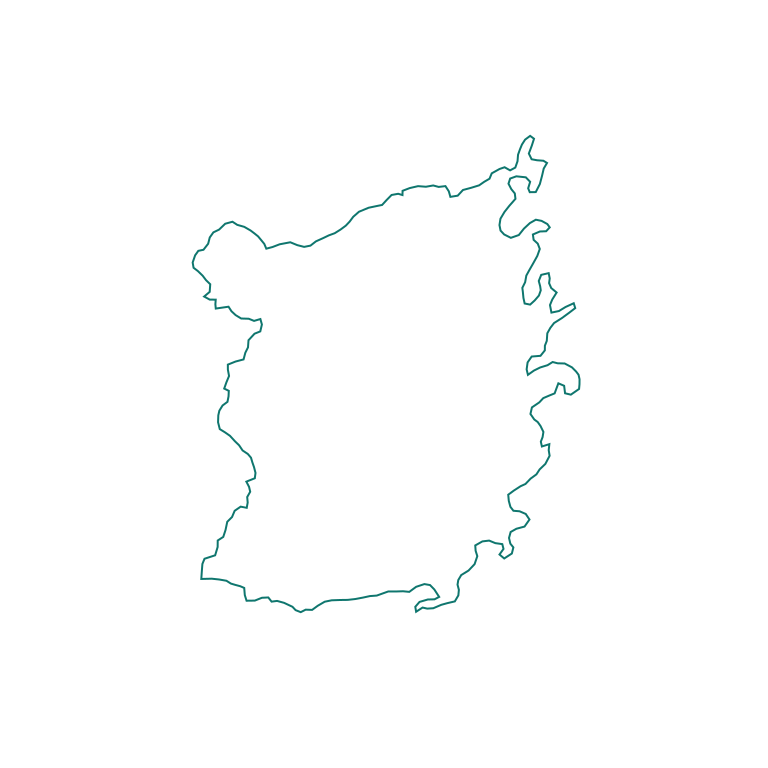 the district of Bocaina do Sul, Santa Catarina, Brazil, rotated 57°
{"feature_id": "56859067B6752568486207", "entity_name": "Bocaina do Sul", "entity_type": "district", "adm_level": 2, "iso_a3": "BRA", "parent_name": "Brazil", "parent_adm1": "Santa Catarina", "projection": "equal_earth", "projection_center": [-49.911, -27.76], "detail": "fine", "context": "isolated", "style": "outline", "palette": "teal", "viewbox_px": 768, "rotation_deg": 57, "n_neighbors": 0, "source": "geoboundaries", "source_scale": "gbopen_adm2", "svg_char_len": 4245}
<svg xmlns="http://www.w3.org/2000/svg" viewBox="0 0 768 768"><g transform="rotate(57 384 384)"><path d="M490.4,237.2L494.7,233.1L494.4,223.1L490.7,220.2L486.5,217.4L482.2,215.8L478.2,216.1L472.4,217.3L465.2,221.3L461.2,227.1L457.4,230.6L457.3,236.6L455.2,244.0L454.4,250.9L454.7,258.3L449.4,256.4L444.1,251.8L441.4,245.2L445.6,237.4L443.4,230.8L439.5,228.2L436.5,224.0L430.4,219.4L427.5,213.9L425.5,208.2L425.6,199.0L425.1,190.1L424.5,182.3L419.6,180.9L418.3,189.8L418.1,197.5L415.3,204.7L408.2,201.8L404.8,196.9L401.3,189.4L394.6,191.5L389.3,190.6L385.7,187.5L380.7,185.5L378.1,192.7L381.9,198.1L387.1,199.8L390.8,201.5L394.2,205.9L396.0,212.1L397.0,218.2L393.1,222.2L387.8,220.2L382.4,217.4L378.7,215.6L375.5,210.2L370.6,205.6L367.8,200.4L364.3,193.6L360.1,185.7L355.6,179.8L350.0,178.6L344.6,180.0L339.7,177.7L341.0,170.2L344.2,164.8L342.9,159.7L338.8,159.9L333.0,163.0L328.9,167.2L328.5,174.0L329.9,182.0L332.5,189.8L330.5,198.0L324.0,201.8L318.8,202.7L313.6,200.6L308.8,196.3L305.3,189.2L302.8,181.8L300.3,172.9L295.4,170.5L289.9,171.1L283.8,170.5L280.4,166.3L281.9,159.9L287.9,152.5L294.0,151.3L298.4,156.5L302.5,157.3L305.7,152.2L301.2,144.4L295.5,138.1L290.3,132.7L287.4,126.9L283.6,128.7L279.7,133.8L275.9,137.8L269.6,137.0L264.5,130.1L260.0,124.6L255.5,126.3L255.9,132.6L258.3,137.9L261.2,142.1L264.7,146.7L269.9,150.7L274.0,156.0L273.5,161.9L267.9,164.8L266.6,170.0L266.0,178.9L269.3,183.7L269.0,189.8L269.2,196.0L266.9,204.1L264.3,212.1L266.2,219.6L263.2,226.4L257.7,224.7L251.5,224.7L248.5,230.8L244.3,234.6L241.4,241.4L236.6,247.7L233.7,255.7L232.1,263.2L235.6,265.6L232.2,268.5L229.6,274.7L231.2,281.9L232.8,288.1L230.7,293.4L227.8,300.9L225.9,311.2L227.0,318.7L229.1,324.4L230.4,329.8L230.8,336.3L230.7,343.2L229.3,349.3L228.5,355.6L227.3,363.4L227.9,370.3L225.5,376.3L220.3,381.1L214.1,385.4L210.0,395.4L208.4,402.9L206.4,409.0L201.3,408.1L195.8,408.7L191.6,409.2L187.3,410.6L182.6,412.3L176.1,415.6L170.6,420.4L165.4,422.7L163.1,429.9L164.7,438.2L163.9,444.5L166.2,450.3L170.6,455.1L173.1,462.3L171.2,467.2L173.2,472.3L177.9,478.3L182.8,480.4L187.9,478.6L194.4,477.1L200.0,476.7L205.7,475.4L211.8,480.0L212.7,487.2L218.3,484.2L221.6,479.2L225.3,482.0L229.1,484.0L234.5,472.3L239.9,472.3L245.5,470.9L251.3,468.1L255.6,461.9L260.3,458.6L262.2,452.3L267.6,454.0L272.5,459.1L271.3,465.2L273.5,473.8L279.2,478.1L282.2,483.2L286.9,488.4L284.3,496.3L282.7,504.4L286.9,507.1L292.9,509.6L296.8,515.3L300.8,520.5L305.2,517.9L309.7,521.1L313.7,525.0L314.1,531.1L316.7,536.6L320.0,540.0L325.7,544.0L332.4,546.3L337.9,543.7L343.6,541.4L350.8,540.2L356.5,538.9L362.7,538.8L368.6,536.3L373.4,535.7L378.1,537.1L383.0,538.3L388.6,540.2L392.7,543.7L390.9,552.6L396.8,553.2L401.5,554.9L404.3,560.3L409.2,562.9L413.1,566.6L408.8,571.0L409.0,578.3L412.8,583.9L414.2,590.5L420.2,596.5L424.7,602.1L424.7,608.7L430.1,612.3L435.7,618.9L432.8,629.7L436.0,634.3L441.6,638.6L448.0,643.4L453.4,634.6L458.1,628.8L463.2,623.3L468.0,621.1L471.3,618.3L475.3,614.7L478.9,612.3L485.2,615.7L490.9,617.3L495.3,610.3L496.8,602.8L500.0,597.3L505.3,596.8L507.7,591.8L513.1,587.0L521.0,582.1L525.5,581.3L530.0,578.1L530.6,572.6L534.3,567.3L533.9,560.3L534.3,552.3L536.9,545.7L541.4,538.2L545.3,532.0L548.7,525.2L551.7,517.9L554.2,511.3L557.5,505.3L558.8,499.8L560.3,493.5L564.2,487.5L568.2,480.9L572.1,476.0L571.6,467.5L573.8,459.1L577.7,454.9L583.7,453.7L588.4,453.7L592.6,453.7L592.1,458.9L588.6,464.6L586.1,472.9L587.9,479.1L592.5,481.1L592.5,473.4L595.9,470.1L598.9,464.8L600.4,456.2L602.3,450.2L604.9,443.0L601.8,436.8L597.4,433.3L592.3,431.6L588.9,428.5L586.3,423.3L586.5,414.7L584.4,406.1L579.2,399.5L573.8,398.0L569.1,395.4L569.6,387.2L572.6,381.1L578.1,377.3L582.7,372.0L587.4,373.6L589.9,380.0L595.8,378.2L595.8,369.1L591.5,364.5L586.7,365.0L581.2,363.0L577.1,358.4L577.5,351.8L580.1,343.8L576.9,335.8L570.2,335.9L564.6,339.6L560.8,344.5L555.9,344.9L550.0,343.0L544.5,340.1L544.1,333.2L544.1,325.2L544.9,319.8L543.2,312.6L542.8,305.4L540.4,300.0L538.9,292.2L534.4,284.2L529.2,281.9L524.5,278.1L522.4,285.6L517.8,283.9L514.9,279.9L511.0,276.4L504.5,275.6L499.6,275.8L495.6,277.3L488.9,277.5L484.2,272.7L484.0,263.8L482.6,258.1L483.7,251.7L484.8,246.0L481.8,242.0L478.4,237.4L483.6,233.9L490.4,237.2Z" fill="none" stroke="#0f766e" stroke-width="2"/></g></svg>